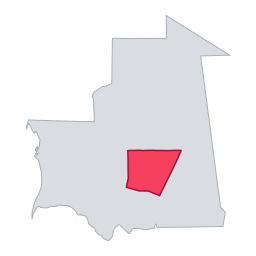 Tichitt, Tagant, Mauritania shown in context
{"feature_id": "47542326B42701553126465", "entity_name": "Tichitt", "entity_type": "district", "adm_level": 2, "iso_a3": "MRT", "parent_name": "Mauritania", "parent_adm1": "Tagant", "projection": "orthographic", "projection_center": [-9.94, 18.515], "detail": "fine", "context": "in_parent", "style": "filled", "palette": "rose", "viewbox_px": 256, "rotation_deg": 0, "n_neighbors": 0, "source": "geoboundaries", "source_scale": "gbopen_adm2", "svg_char_len": 3577}
<svg xmlns="http://www.w3.org/2000/svg" viewBox="0 0 256 256"><path d="M105.3,239.5L104.9,239.3L103.1,238.0L102.2,236.4L100.8,235.3L98.8,234.5L97.5,233.5L96.9,232.5L96.1,231.9L95.3,231.5L95.3,231.2L95.5,230.7L95.3,229.7L94.1,227.7L93.0,226.7L92.1,226.9L91.6,226.6L91.3,226.2L91.1,225.5L90.5,224.9L89.4,224.7L88.5,223.1L87.9,220.4L87.1,218.2L86.0,216.6L85.2,216.0L84.7,215.9L84.5,215.7L84.3,215.2L83.5,215.1L82.3,215.5L81.3,215.3L80.8,214.6L80.0,214.5L79.1,215.1L78.1,214.9L77.0,213.9L76.4,212.9L76.3,211.9L74.5,209.9L70.8,206.9L66.8,205.5L62.5,205.5L60.0,205.3L59.5,204.8L59.0,204.9L58.4,205.4L57.8,205.5L57.2,205.2L56.9,205.4L56.7,206.1L55.1,206.5L52.2,206.4L49.9,206.8L48.0,207.6L45.5,207.9L42.2,207.7L40.3,207.3L39.6,206.7L38.7,206.6L37.4,206.8L36.3,208.2L35.3,210.8L34.4,212.2L33.8,212.6L33.0,214.5L32.6,217.7L31.9,219.1L32.2,211.0L33.2,208.0L33.6,205.4L35.8,199.6L38.3,194.9L40.8,188.6L41.8,182.5L41.7,176.4L41.2,171.1L40.2,167.5L39.4,162.3L37.9,159.5L35.1,157.1L34.5,155.6L35.2,155.2L37.0,154.9L38.1,153.1L35.8,153.7L38.7,148.1L39.7,144.3L39.6,141.8L40.2,140.2L38.3,136.8L36.8,132.5L36.0,131.8L35.2,131.4L35.1,132.4L34.6,133.2L33.6,132.7L31.9,129.5L29.7,124.4L28.8,123.8L28.1,124.5L27.6,125.1L26.6,129.3L26.4,127.6L26.8,125.7L27.6,123.3L28.4,119.9L30.5,120.0L34.4,120.2L42.0,120.4L45.9,120.5L53.5,120.8L57.3,120.9L65.0,121.1L68.9,121.2L76.5,121.4L80.4,121.5L88.1,121.6L91.9,121.7L94.4,121.7L94.3,119.3L94.3,117.4L94.2,114.9L94.0,112.3L93.9,109.8L93.8,107.4L93.7,105.0L93.7,102.8L93.6,100.8L93.4,99.6L92.6,97.3L92.5,96.1L92.7,94.9L93.3,93.8L94.8,91.7L97.1,90.2L99.7,88.3L101.7,87.0L102.7,86.6L105.8,86.2L108.3,85.1L110.6,84.1L111.6,83.6L111.8,81.6L112.4,38.3L123.9,38.4L126.9,38.4L148.1,38.5L151.1,38.5L166.5,38.4L166.4,36.4L166.4,33.4L166.4,29.4L166.3,25.4L166.3,18.3L166.2,15.4L169.3,17.3L175.3,21.2L178.4,23.1L184.5,27.0L190.7,30.9L196.8,34.7L199.9,36.6L203.0,38.6L206.1,40.5L209.2,42.4L215.4,46.2L218.0,47.8L222.1,50.4L225.8,52.8L229.6,55.2L223.9,55.3L216.3,55.5L211.1,55.7L205.7,55.8L200.7,55.9L201.3,59.9L201.8,64.4L202.4,68.8L203.0,73.3L203.6,77.7L205.3,91.1L205.9,95.6L206.5,100.0L207.1,104.5L207.6,109.0L208.8,117.9L209.4,122.4L210.0,126.8L210.6,131.3L211.1,135.8L211.7,140.2L212.9,149.2L213.5,153.6L214.1,158.1L214.7,162.6L215.3,167.1L215.8,171.5L216.4,176.0L217.0,180.5L218.2,189.4L218.8,193.9L219.4,198.3L220.0,202.8L220.5,207.1L222.6,209.4L225.3,212.2L224.6,216.2L223.8,221.1L222.9,226.4L215.7,226.6L208.7,226.7L191.0,227.0L187.4,227.1L169.7,227.3L166.2,227.3L159.3,227.3L157.3,227.2L156.6,226.8L156.3,224.1L155.7,224.3L155.0,225.1L154.6,225.9L154.8,227.1L154.7,228.0L152.4,228.4L149.3,229.1L146.1,229.6L142.8,229.4L141.7,229.2L140.5,228.8L137.9,228.4L136.5,228.4L134.8,228.4L132.9,228.6L132.3,229.1L130.9,231.2L129.5,233.5L128.5,233.5L127.5,232.2L124.7,229.8L121.3,226.5L119.8,224.9L119.0,224.7L117.3,225.8L115.9,226.9L114.5,228.5L113.8,229.9L113.2,231.7L113.0,233.8L112.4,236.2L111.2,238.1L109.8,239.6L108.8,240.3L108.4,240.6L105.3,239.5ZM37.1,149.5L36.0,151.2L35.5,150.6L35.4,149.4L36.4,147.8L36.9,146.9L37.7,146.7L37.1,149.5Z" fill="#d9dde1" stroke="#a8b0b8" stroke-width="1"/><path d="M126.5,187.4L139.2,190.9L147.9,191.0L149.4,191.6L149.5,191.6L150.4,191.8L152.1,192.6L153.4,193.2L153.9,193.4L155.2,193.8L159.6,195.6L176.1,162.0L181.1,150.6L180.7,150.4L176.7,150.3L168.1,150.6L161.8,150.5L155.8,150.5L154.1,150.3L145.4,150.4L142.6,150.6L139.7,150.2L134.3,150.4L129.8,150.4L127.7,150.7L127.9,153.2L128.1,161.6L128.1,166.4L128.2,177.0L128.5,177.2L127.9,179.8L126.6,186.5L126.5,187.2L126.5,187.4Z" fill="#f43f5e" stroke="#9f1239" stroke-width="1.5"/></svg>